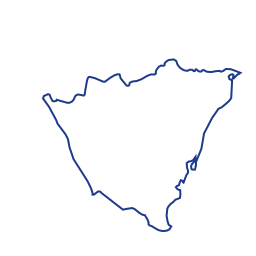 an SVG outline of Nicaragua, rotated 18°
{"feature_id": "NIC", "entity_name": "Nicaragua", "entity_type": "country or territory", "adm_level": 0, "iso_a3": "NIC", "parent_name": "North America", "parent_adm1": "", "projection": "albers", "projection_center": [-84.819, 12.872], "detail": "fine", "context": "isolated", "style": "outline", "palette": "blue", "viewbox_px": 256, "rotation_deg": 18, "n_neighbors": 0, "source": "natural_earth", "source_scale": "50m", "svg_char_len": 2163}
<svg xmlns="http://www.w3.org/2000/svg" viewBox="0 0 256 256"><g transform="rotate(18 128 128)"><path d="M217.9,40.8L216.8,42.3L215.6,43.3L213.1,48.3L212.3,48.7L212.1,45.1L210.5,44.6L208.8,45.9L207.8,47.8L209.4,50.2L210.7,50.2L212.4,50.9L216.9,67.6L216.0,70.6L213.3,75.3L210.7,79.3L208.1,81.8L204.9,92.4L202.0,109.6L204.2,125.0L203.2,139.3L204.2,142.7L204.5,146.9L202.3,147.6L201.1,147.5L199.8,144.9L199.9,142.7L201.2,140.0L201.7,136.4L201.1,134.5L199.8,138.6L197.6,140.5L196.1,141.1L194.7,143.2L196.2,147.1L198.2,150.0L198.9,152.0L198.1,154.4L197.7,162.8L197.0,162.6L196.3,161.4L194.3,161.4L194.0,164.7L194.2,166.6L192.4,168.1L191.8,169.5L193.3,170.5L194.8,171.1L196.8,171.0L198.4,175.1L199.0,178.5L195.2,181.6L194.0,184.2L191.9,187.3L190.7,190.3L190.3,192.5L191.8,199.5L194.4,204.4L196.6,207.5L199.5,208.2L198.8,211.5L196.7,213.6L192.7,215.4L188.3,215.7L181.2,214.1L178.3,213.9L177.1,213.0L176.8,211.4L174.8,209.0L171.0,205.7L168.9,206.0L165.3,205.3L159.5,203.1L156.8,202.8L152.9,204.7L148.4,207.2L137.5,203.3L129.9,200.5L123.1,198.1L121.2,197.1L119.7,197.3L118.4,198.6L116.9,200.9L116.5,201.5L115.7,202.1L114.8,202.3L114.7,201.2L111.4,196.7L106.1,191.2L85.8,174.4L78.3,164.4L74.4,157.2L70.6,153.4L59.7,145.7L57.2,142.6L46.4,132.3L38.1,126.2L38.1,123.6L41.5,120.5L43.2,120.6L45.0,122.9L47.9,125.6L49.3,125.6L51.3,124.4L51.4,123.2L62.5,122.8L64.5,122.1L66.5,120.3L67.6,117.7L67.8,115.1L68.2,113.3L70.0,111.6L73.3,111.1L75.8,110.9L76.5,109.7L75.8,105.8L74.5,96.5L74.3,93.9L74.7,91.9L75.7,91.2L80.7,90.8L90.0,91.6L91.8,91.1L95.5,85.8L99.0,81.9L101.5,80.1L103.4,79.6L105.7,83.1L113.5,88.1L114.8,87.8L115.6,87.5L115.9,86.8L115.7,84.5L117.7,82.5L121.8,80.6L125.9,77.3L130.0,72.6L133.5,69.8L136.6,69.0L137.7,67.7L137.0,65.9L137.2,63.5L138.4,60.2L140.2,58.4L142.5,57.9L143.4,56.9L142.9,55.3L143.4,53.7L145.5,50.9L150.4,48.6L153.2,49.4L155.6,52.5L158.9,54.7L163.2,55.8L166.6,55.4L168.9,53.4L171.1,52.8L173.0,53.6L174.0,53.1L174.1,51.5L175.1,51.1L176.9,52.0L178.6,52.2L180.0,51.8L180.6,51.0L180.9,50.1L181.9,49.5L185.7,50.1L189.8,49.1L194.4,46.6L197.5,45.4L199.0,45.7L200.8,44.4L202.9,41.6L207.7,40.3L217.9,40.8Z" fill="none" stroke="#1e3a8a" stroke-width="2"/></g></svg>